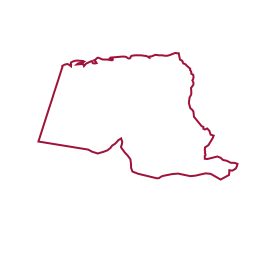 an SVG outline of Tanga, rotated 248°
{"feature_id": "TZA-3395", "entity_name": "Tanga", "entity_type": "Region", "adm_level": 1, "iso_a3": "TZA", "parent_name": "United Republic of Tanzania", "parent_adm1": "", "projection": "natural_earth1", "projection_center": [38.386, -5.115], "detail": "fine", "context": "isolated", "style": "outline", "palette": "rose", "viewbox_px": 256, "rotation_deg": 248, "n_neighbors": 0, "source": "natural_earth", "source_scale": "10m", "svg_char_len": 2335}
<svg xmlns="http://www.w3.org/2000/svg" viewBox="0 0 256 256"><g transform="rotate(248 128 128)"><path d="M149.0,39.9L149.5,40.3L156.0,45.7L162.6,51.2L169.1,56.6L175.6,62.0L182.1,67.5L188.7,72.9L195.2,78.4L201.7,83.8L208.2,89.2L208.7,89.8L210.1,90.2L210.5,92.7L210.1,95.6L208.7,97.1L206.6,98.3L208.3,99.1L209.5,99.2L210.1,99.7L210.3,101.6L210.2,103.5L209.9,105.1L209.4,106.5L207.0,111.3L206.0,112.3L205.6,111.0L205.8,109.3L206.3,107.6L206.6,105.9L206.1,104.3L204.7,108.9L203.6,110.5L201.9,110.4L203.2,112.8L203.4,113.6L203.7,118.7L203.5,119.6L203.0,119.9L201.8,119.5L201.1,119.8L200.8,120.3L200.1,122.0L199.9,123.2L201.0,123.1L203.5,122.0L203.5,123.3L204.4,125.4L204.5,126.3L204.2,126.9L201.3,129.8L200.8,130.6L199.3,134.3L196.9,138.3L196.7,139.0L197.3,139.6L198.1,138.9L199.3,137.1L199.8,138.2L196.4,149.3L195.6,151.3L194.6,152.9L193.7,153.5L192.9,154.0L192.2,154.7L191.9,155.9L192.3,156.7L192.9,157.0L193.4,157.6L193.5,159.0L192.5,162.5L190.3,167.7L187.6,172.3L185.1,174.2L186.2,174.7L185.6,176.6L185.6,180.7L184.8,182.3L183.9,183.7L182.5,187.0L180.8,190.0L180.2,191.9L180.0,194.0L179.9,199.7L179.6,200.5L179.1,201.1L178.7,201.9L178.4,202.7L178.3,203.0L171.9,201.8L170.7,203.0L169.2,203.6L168.1,203.3L167.1,203.5L165.7,205.1L164.0,205.7L159.6,207.9L158.6,207.3L157.5,207.6L156.0,207.6L154.6,207.0L153.8,207.6L153.0,208.4L150.5,207.8L149.2,206.9L148.0,205.5L145.6,205.7L143.5,204.7L141.5,201.4L138.2,200.4L135.4,199.2L133.2,196.5L128.4,193.8L123.0,193.2L121.0,194.3L118.8,194.8L113.6,193.4L102.0,197.0L100.8,198.3L99.0,197.6L97.8,198.8L97.9,201.2L94.9,202.4L90.9,202.1L88.8,204.6L86.9,202.7L82.0,196.2L81.1,192.1L78.5,190.8L77.2,190.7L75.9,189.9L74.7,190.0L73.7,189.6L73.5,189.0L73.1,188.6L70.7,187.7L69.5,190.0L68.1,200.2L65.7,202.7L62.9,204.0L60.5,207.4L57.3,210.2L55.7,213.8L53.7,216.1L51.7,214.6L49.9,212.5L49.9,211.6L49.7,211.0L49.4,208.7L50.9,206.1L48.9,205.3L46.6,204.0L45.5,194.6L54.5,187.5L56.9,182.9L58.6,172.5L60.0,167.8L67.0,157.3L68.8,151.4L70.4,142.9L70.5,140.3L69.9,138.0L70.5,136.0L81.8,120.2L86.0,115.8L89.8,115.9L93.5,117.3L98.1,118.5L102.8,117.3L106.6,115.8L111.8,114.5L113.1,114.4L115.1,116.1L117.3,117.5L120.9,117.7L120.3,114.3L119.0,112.0L118.1,109.6L117.6,106.7L116.1,104.3L115.0,100.6L115.1,96.3L115.7,90.4L119.5,85.8L122.9,83.0L149.0,39.9L149.0,39.9Z" fill="none" stroke="#9f1239" stroke-width="2"/></g></svg>